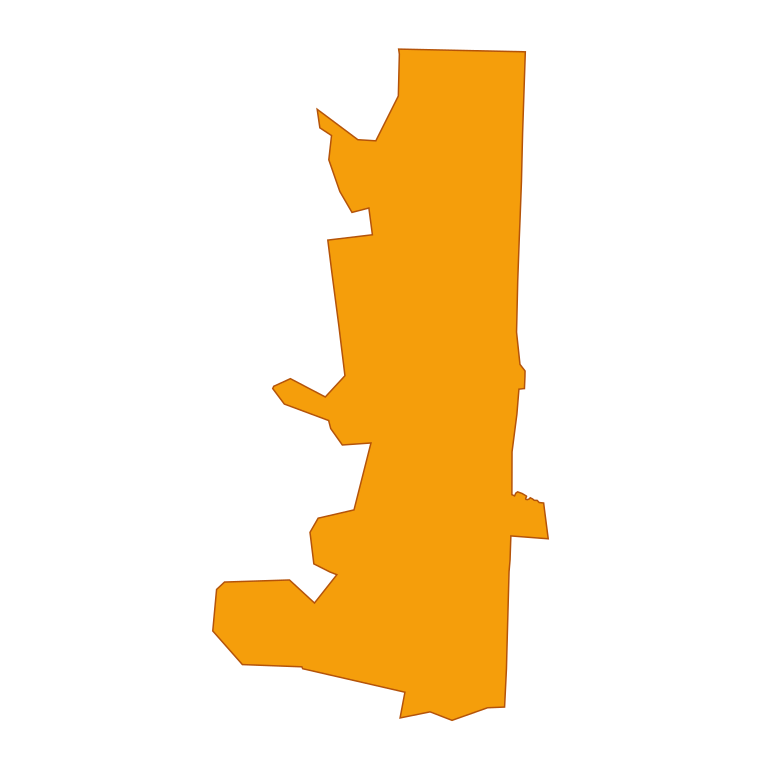 outline of Hampden, Massachusetts, United States of America, rotated 271°
{"feature_id": "52423323B82042063785598", "entity_name": "Hampden", "entity_type": "district", "adm_level": 2, "iso_a3": "USA", "parent_name": "United States of America", "parent_adm1": "Massachusetts", "projection": "mercator", "projection_center": [-72.662, 42.171], "detail": "fine", "context": "isolated", "style": "filled", "palette": "amber", "viewbox_px": 768, "rotation_deg": 271, "n_neighbors": 0, "source": "geoboundaries", "source_scale": "gbopen_adm2", "svg_char_len": 1289}
<svg xmlns="http://www.w3.org/2000/svg" viewBox="0 0 768 768"><g transform="rotate(271 384 384)"><path d="M63.1,510.2L94.9,511.2L101.5,511.4L116.2,511.5L198.5,512.3L210.3,513.1L234.3,513.5L232.1,550.9L262.1,546.5L267.8,545.7L268.2,541.2L270.3,539.2L270.3,536.3L271.7,534.5L272.8,532.2L271.6,531.1L270.9,529.6L271.1,527.9L272.2,527.6L273.9,528.5L274.4,528.4L276.9,524.1L278.5,519.5L277.2,517.7L274.4,516.5L275.6,513.8L318.4,513.2L356.1,517.4L381.2,519.0L381.9,524.4L381.9,524.5L393.9,524.8L399.5,524.8L406.0,519.6L420.6,517.8L438.2,515.6L451.8,515.7L489.3,515.9L531.6,516.7L553.3,517.2L588.9,517.9L622.2,518.1L637.3,518.2L669.0,518.7L718.6,519.5L719.1,392.8L714.1,393.6L672.2,393.3L627.0,371.6L627.8,353.6L657.5,312.4L639.0,315.4L631.5,327.2L607.2,324.9L577.0,336.0L575.5,336.6L555.0,349.0L559.7,365.8L533.0,369.8L526.9,325.3L496.1,329.7L441.0,337.9L425.2,340.1L406.7,342.7L391.6,344.8L370.0,325.5L387.7,290.3L379.8,273.8L377.5,272.8L362.2,284.7L346.5,329.3L338.5,331.5L322.3,343.4L324.8,372.0L257.6,356.2L248.7,320.5L234.4,312.6L202.9,317.0L195.1,333.2L192.5,340.2L163.8,318.3L186.4,292.9L183.2,228.0L175.7,220.2L134.1,217.1L101.0,247.3L99.8,306.8L97.9,307.7L76.2,410.3L50.4,405.9L57.0,435.8L48.9,457.9L62.1,493.2L63.1,510.2Z" fill="#f59e0b" stroke="#b45309" stroke-width="1.5"/></g></svg>